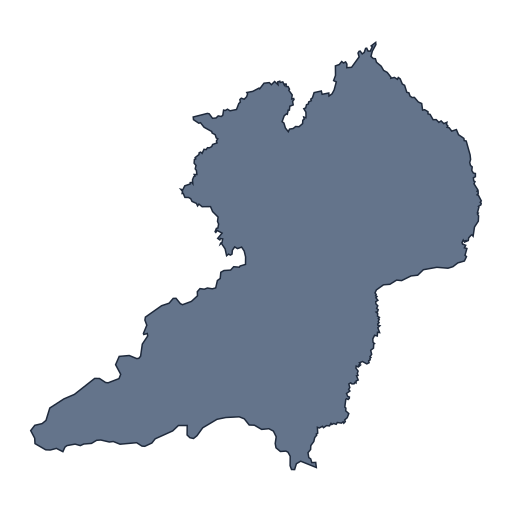 Santa Isabel do Rio Negro, Amazonas, Brazil (Robinson projection)
{"feature_id": "56859067B13835224033423", "entity_name": "Santa Isabel do Rio Negro", "entity_type": "district", "adm_level": 2, "iso_a3": "BRA", "parent_name": "Brazil", "parent_adm1": "Amazonas", "projection": "robinson", "projection_center": [-65.415, -0.252], "detail": "fine", "context": "isolated", "style": "filled", "palette": "slate", "viewbox_px": 512, "rotation_deg": 0, "n_neighbors": 0, "source": "geoboundaries", "source_scale": "gbopen_adm2", "svg_char_len": 6026}
<svg xmlns="http://www.w3.org/2000/svg" viewBox="0 0 512 512"><path d="M377.8,327.7L379.9,325.7L377.8,325.1L377.7,324.0L379.1,322.7L378.2,321.5L379.2,319.3L378.3,318.6L379.4,317.4L377.5,316.2L377.7,313.5L376.1,312.1L377.5,311.7L378.2,309.7L376.6,308.4L377.8,305.8L375.9,303.8L375.7,301.7L377.9,300.3L375.9,297.8L377.0,296.5L375.6,295.7L376.2,294.4L375.0,292.9L376.4,289.9L383.5,284.8L389.9,284.3L396.6,280.1L401.6,280.6L411.1,275.9L417.7,275.2L423.4,269.7L436.8,267.3L448.0,268.2L452.9,266.7L457.8,262.9L464.4,261.0L466.5,256.6L465.0,255.3L466.9,248.5L464.4,247.8L465.7,245.3L462.6,244.1L462.0,242.6L463.2,240.1L463.7,241.1L465.6,240.7L465.0,241.9L468.3,240.5L468.7,237.8L471.0,235.3L471.9,234.8L473.1,236.2L474.5,227.0L478.3,221.2L478.6,215.8L477.5,214.2L478.3,213.1L477.4,212.8L478.9,207.2L478.4,206.4L480.9,204.8L481.2,203.2L480.2,202.3L481.3,200.9L478.4,195.3L477.1,194.8L478.2,193.7L478.1,191.0L477.2,191.1L477.8,189.8L474.0,183.8L475.0,181.6L473.7,180.9L473.4,177.8L475.4,176.7L475.4,173.5L473.4,173.1L471.8,170.5L472.2,166.9L470.5,165.4L469.7,162.5L470.6,159.5L470.1,154.9L466.2,141.0L464.2,140.6L463.9,138.4L458.5,134.7L456.4,129.6L451.7,131.1L449.2,127.8L447.1,127.3L447.9,126.0L446.5,124.4L446.9,122.3L443.8,123.6L441.1,120.9L438.9,122.4L436.2,119.6L433.1,119.7L430.1,114.4L428.0,113.9L428.0,111.7L424.6,109.7L422.6,110.1L421.7,103.5L418.3,102.0L414.4,97.4L412.0,97.5L410.0,96.0L408.9,92.8L406.8,92.3L404.6,85.3L402.3,84.0L400.2,78.9L398.3,77.5L397.4,79.3L394.4,77.4L390.8,78.3L391.0,77.3L387.2,72.4L383.6,70.4L381.2,66.2L376.5,62.3L375.4,58.7L373.2,58.5L371.0,56.4L372.3,51.2L375.9,44.6L375.7,42.4L371.2,45.9L372.3,46.7L370.3,51.1L368.1,51.1L366.7,48.2L365.6,48.4L364.2,52.5L362.2,53.9L360.2,51.1L359.1,51.3L358.0,53.1L359.1,56.9L351.6,67.3L346.8,67.7L346.9,64.1L345.6,61.9L343.5,63.0L341.7,61.5L339.3,64.5L335.4,65.9L335.5,75.4L333.6,80.6L336.3,81.9L334.1,90.0L332.0,93.9L329.0,96.0L328.8,93.0L322.1,94.3L321.3,91.0L314.1,92.6L312.4,97.9L310.8,99.1L311.3,100.7L308.7,101.9L308.3,104.0L306.5,104.7L305.7,107.9L303.8,108.7L305.9,112.1L306.0,116.6L305.8,117.8L303.7,117.0L304.2,119.2L302.8,120.2L302.6,123.6L299.0,126.7L295.6,126.5L293.2,128.5L289.5,129.1L288.3,131.7L285.4,128.0L283.9,123.0L282.1,121.7L284.2,115.8L286.4,113.9L287.3,114.3L288.2,110.1L289.4,110.1L289.8,106.2L293.2,104.9L292.6,101.4L294.0,99.5L293.7,98.5L291.7,99.0L292.2,94.9L288.8,90.3L289.5,89.2L288.1,86.6L286.1,86.5L286.2,84.1L285.0,84.0L284.4,85.2L282.8,81.9L280.2,82.5L279.8,81.2L277.7,81.9L278.0,84.7L274.6,81.5L271.4,84.7L269.3,82.6L264.0,83.2L259.7,88.8L259.0,88.1L252.7,91.4L246.8,92.5L247.6,93.9L246.6,96.8L244.2,99.2L241.3,98.2L239.9,99.5L240.3,102.2L238.8,103.5L236.5,109.5L230.0,110.8L227.5,109.2L225.3,110.5L223.6,110.1L222.8,115.2L221.3,116.5L218.2,115.9L216.0,118.0L212.5,118.3L209.2,113.8L207.4,113.4L193.2,117.0L193.5,119.7L198.8,123.2L200.5,122.7L204.0,127.2L211.7,131.5L212.1,133.0L215.2,134.7L216.2,137.9L217.8,138.8L216.4,141.0L217.0,142.9L212.6,144.5L211.7,146.6L209.4,147.8L207.5,147.7L206.2,149.6L204.0,149.3L202.1,153.4L200.7,152.1L199.2,152.7L198.9,154.6L195.1,157.6L195.7,158.9L194.4,159.5L194.1,163.2L196.0,165.4L195.2,168.9L196.4,170.4L196.9,174.5L194.2,174.5L195.0,176.1L193.7,176.8L192.5,179.8L192.8,183.7L191.8,182.4L190.2,182.6L190.1,184.0L184.8,185.8L182.8,189.8L180.8,189.3L182.5,191.4L182.1,193.5L183.2,193.4L184.9,197.4L188.6,197.5L190.7,198.7L192.0,201.4L196.4,203.4L197.6,205.9L198.9,204.1L202.1,206.7L210.5,206.6L212.6,211.6L218.1,217.1L217.5,221.4L218.6,224.0L217.9,228.0L216.4,228.4L215.1,231.7L215.8,232.4L217.2,230.5L222.1,233.1L217.7,238.4L219.8,239.9L220.5,238.5L222.7,238.9L222.0,242.5L220.7,243.1L220.3,244.2L221.4,243.3L225.1,248.9L226.6,255.7L228.5,254.1L230.4,255.1L232.0,254.1L232.4,250.2L234.7,246.9L237.5,248.6L241.6,247.1L244.2,251.0L245.6,256.9L245.5,264.4L240.1,266.0L239.3,267.2L233.7,266.7L230.6,270.1L224.0,270.5L220.8,272.3L220.2,278.5L217.4,280.5L215.7,287.9L212.3,288.8L207.4,288.0L204.3,289.2L200.0,288.6L197.3,291.7L197.5,295.8L191.4,301.4L182.5,304.7L180.3,303.6L176.0,298.3L173.2,298.4L169.1,303.2L161.6,305.7L145.4,317.1L144.9,320.1L146.8,325.2L143.4,333.5L143.8,334.5L147.3,333.5L147.7,336.0L142.3,344.1L140.6,356.2L138.8,358.3L136.8,358.6L129.2,355.5L119.2,356.4L115.6,364.7L120.7,374.3L119.0,378.6L108.1,382.8L105.6,382.5L99.5,378.5L94.7,378.4L74.4,394.4L63.9,398.9L49.8,408.0L46.0,420.4L42.1,423.6L34.8,425.3L30.7,430.6L34.7,438.2L35.0,443.6L45.7,449.8L50.3,450.0L56.4,448.4L62.9,451.7L64.9,447.2L66.9,445.6L75.1,444.1L80.3,445.6L83.8,444.0L91.5,443.4L96.6,440.3L100.8,440.0L109.3,442.0L113.3,441.5L120.0,444.2L136.6,442.7L142.0,446.1L144.8,446.3L151.9,443.0L155.2,438.8L172.7,430.9L178.4,425.5L187.2,425.5L187.1,435.0L189.9,437.7L193.5,438.5L197.0,435.7L202.7,427.8L217.0,419.3L225.8,417.5L239.2,416.8L244.3,418.8L249.2,425.0L254.4,425.2L261.6,429.4L268.9,428.7L273.4,431.1L276.2,436.8L275.2,443.5L276.0,447.8L280.4,451.5L285.9,451.1L288.0,452.2L290.2,456.3L290.1,465.7L291.5,469.5L294.6,469.6L296.4,463.7L300.7,461.2L316.3,467.5L315.7,462.4L311.8,462.6L310.7,458.9L308.8,457.6L308.0,452.7L310.6,449.5L310.8,445.6L313.8,441.5L314.7,437.6L316.7,435.2L316.3,434.0L317.7,433.2L317.4,427.3L319.3,428.0L322.4,426.3L323.5,427.7L326.5,425.6L329.5,425.9L331.0,423.4L331.8,424.5L333.7,423.5L336.2,424.3L337.3,422.5L341.5,423.1L343.1,421.8L343.8,423.2L345.3,421.6L344.7,419.9L347.2,417.7L348.8,413.6L345.7,410.8L345.9,408.1L344.8,407.1L345.8,399.4L346.6,398.7L348.1,399.5L349.3,398.3L349.4,397.0L347.7,396.4L346.5,393.5L349.9,391.0L348.6,389.4L349.8,387.6L348.8,384.0L350.7,382.8L351.9,383.9L354.1,383.8L355.0,382.4L356.0,383.0L356.2,380.9L358.2,380.0L356.5,375.8L358.0,375.4L357.3,373.3L358.1,371.1L355.9,368.2L356.2,366.1L358.3,367.0L360.3,365.2L359.0,365.0L360.2,363.7L359.4,362.8L362.5,361.5L366.8,363.9L369.1,362.7L368.6,360.8L370.2,359.8L369.9,358.3L370.9,357.5L370.0,356.6L371.7,354.3L370.7,350.3L373.5,348.1L373.7,343.9L374.5,343.6L373.0,342.2L372.8,338.9L374.6,335.3L377.3,336.0L377.5,332.3L379.6,332.6L377.8,327.7Z" fill="#64748b" stroke="#1e293b" stroke-width="1.5"/></svg>